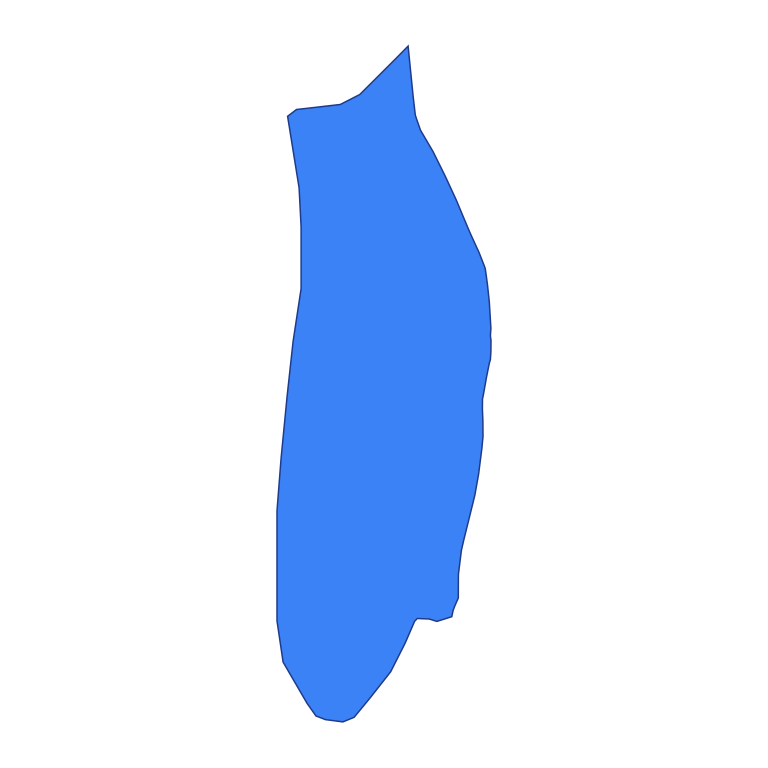 outline of Monchy/La Retraite, Gros Islet, Saint Lucia
{"feature_id": "8701671B23608310651096", "entity_name": "Monchy/La Retraite", "entity_type": "district", "adm_level": 2, "iso_a3": "LCA", "parent_name": "Saint Lucia", "parent_adm1": "Gros Islet", "projection": "robinson", "projection_center": [-60.945, 14.064], "detail": "fine", "context": "isolated", "style": "filled", "palette": "blue", "viewbox_px": 768, "rotation_deg": 0, "n_neighbors": 0, "source": "geoboundaries", "source_scale": "gbopen_adm2", "svg_char_len": 943}
<svg xmlns="http://www.w3.org/2000/svg" viewBox="0 0 768 768"><path d="M408.1,46.1L394.7,59.7L359.8,94.5L340.2,104.5L296.5,109.5L287.6,116.3L299.1,187.9L301.1,226.8L301.1,288.7L293.1,341.4L287.1,396.4L281.1,458.2L277.0,510.9L277.0,564.5L277.0,620.9L283.1,662.1L307.1,703.4L316.0,716.0L320.0,717.5L325.4,719.6L342.9,721.9L354.1,717.3L370.1,697.9L390.7,671.7L405.2,643.0L414.6,621.3L417.3,618.5L429.2,619.0L436.9,621.4L451.8,616.7L453.1,610.5L454.7,606.2L458.3,598.0L458.4,574.4L461.4,550.4L463.8,539.9L474.8,495.4L478.6,474.1L481.9,448.2L483.0,436.5L482.9,421.1L482.4,408.8L482.5,398.9L483.3,395.1L486.6,376.7L489.3,363.3L490.4,359.5L490.9,351.7L491.0,340.3L490.4,335.9L490.9,328.3L489.3,301.9L488.2,291.5L487.4,284.2L486.2,275.2L485.2,268.5L484.2,265.6L479.0,252.4L472.3,237.8L468.9,230.2L456.3,200.1L445.2,176.1L433.0,151.5L420.5,130.2L416.6,119.1L415.3,115.0L413.1,96.0L408.1,46.1Z" fill="#3b82f6" stroke="#1e3a8a" stroke-width="1.5"/></svg>